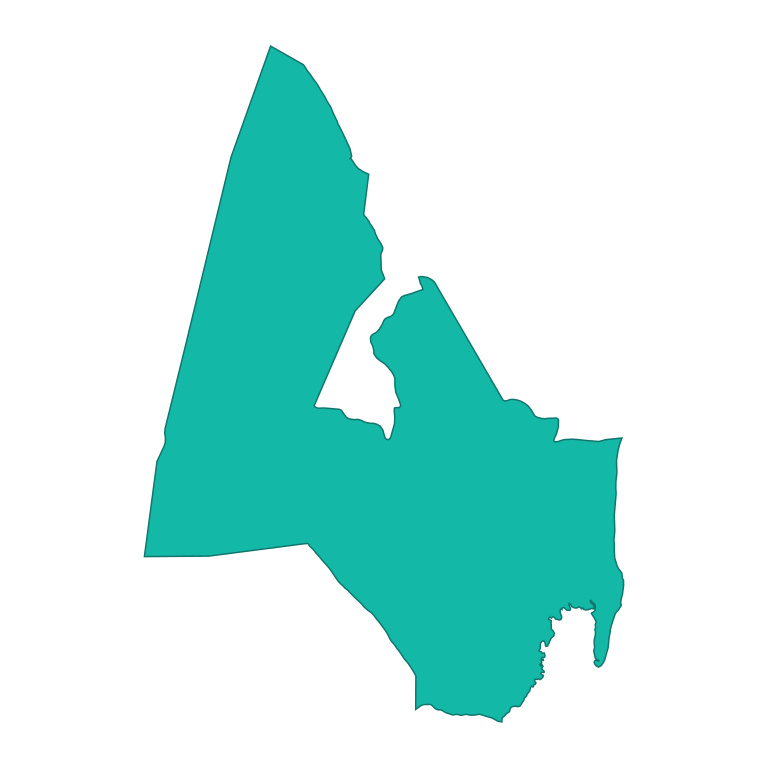 Morrumbene, Inhambane, Mozambique
{"feature_id": "85939544B85400452133709", "entity_name": "Morrumbene", "entity_type": "district", "adm_level": 2, "iso_a3": "MOZ", "parent_name": "Mozambique", "parent_adm1": "Inhambane", "projection": "natural_earth1", "projection_center": [35.2, -23.422], "detail": "fine", "context": "isolated", "style": "filled", "palette": "teal", "viewbox_px": 768, "rotation_deg": 0, "n_neighbors": 0, "source": "geoboundaries", "source_scale": "gbopen_adm2", "svg_char_len": 6117}
<svg xmlns="http://www.w3.org/2000/svg" viewBox="0 0 768 768"><path d="M144.4,556.6L208.8,556.1L304.6,543.7L307.9,543.5L309.9,546.3L313.7,550.0L316.1,553.2L319.9,557.3L321.4,559.3L326.2,564.7L326.7,564.9L327.3,566.1L328.5,567.2L332.9,573.3L337.9,580.9L339.8,583.0L343.9,586.8L344.3,587.5L348.6,590.9L348.8,591.4L354.9,597.6L360.7,603.0L363.2,605.7L363.4,606.3L367.8,610.2L371.9,613.1L373.9,615.4L377.0,619.7L378.7,621.4L379.8,623.1L380.2,623.3L380.9,624.5L383.8,628.4L386.8,632.7L390.1,639.2L391.8,641.7L394.6,644.9L397.6,649.4L398.3,649.9L404.7,659.4L406.8,661.7L409.7,665.5L414.9,673.9L415.9,676.2L415.7,709.4L419.8,706.4L423.1,704.6L429.6,704.4L431.2,704.7L435.0,708.4L436.7,709.4L438.5,709.9L440.9,709.8L445.7,712.6L452.1,714.8L453.4,714.9L456.1,714.4L458.0,714.5L459.8,715.1L461.3,715.3L465.8,714.3L470.1,715.1L474.3,715.1L478.3,714.4L480.1,714.4L492.2,718.1L498.1,721.3L501.9,721.9L502.0,719.4L502.3,718.0L503.2,716.9L504.1,716.4L506.0,714.0L509.4,711.7L509.8,710.8L510.0,709.0L511.2,707.4L511.8,706.9L513.7,706.3L515.9,706.2L517.4,706.6L518.7,706.6L519.8,706.1L520.5,705.3L523.1,701.3L523.9,699.9L524.5,697.9L526.5,696.2L527.1,694.2L529.4,691.4L529.9,690.3L530.6,687.2L531.2,686.4L531.9,686.4L532.7,687.0L533.2,686.8L534.0,684.5L535.4,684.2L535.9,682.5L534.8,681.6L534.6,680.7L534.7,679.6L535.0,679.2L535.7,679.4L537.3,679.3L538.2,678.5L539.3,679.5L540.1,679.5L540.7,679.3L542.3,677.9L543.0,676.9L543.4,675.7L543.0,675.1L541.3,674.6L540.9,673.3L541.1,672.7L542.2,672.2L543.5,672.5L544.2,672.2L544.0,671.0L541.9,669.4L541.8,668.6L542.3,667.9L542.3,666.9L543.0,666.2L542.4,665.7L541.9,664.5L541.6,664.6L541.2,665.8L540.3,665.7L540.0,664.8L540.2,664.0L541.3,663.3L541.7,662.7L541.1,661.0L541.4,660.3L543.3,660.4L543.4,659.8L543.1,659.4L541.6,659.2L541.3,658.3L541.5,657.8L541.9,657.4L543.5,657.7L544.5,657.2L544.9,656.5L544.9,655.4L544.4,653.1L543.4,653.0L542.3,653.3L541.7,652.7L541.6,652.1L540.8,651.5L539.3,651.2L538.9,650.6L539.9,649.1L540.4,647.7L540.3,644.6L540.5,643.3L541.0,642.4L542.2,641.1L544.0,641.0L544.9,642.1L545.5,645.5L546.1,646.4L547.6,646.1L547.8,645.2L549.0,643.4L549.4,641.7L551.1,638.3L554.0,635.6L554.0,634.2L554.4,633.4L553.4,631.2L551.2,628.8L551.1,628.0L551.4,626.4L551.0,623.0L551.4,621.0L551.2,620.5L548.6,619.3L548.5,618.5L549.4,617.3L549.4,617.6L549.8,617.4L551.5,618.1L552.4,617.0L553.4,617.0L554.6,617.6L555.6,619.2L557.4,619.3L559.3,620.1L560.8,619.5L561.3,618.8L561.7,617.3L561.5,615.9L560.9,614.7L560.1,612.1L560.4,609.4L560.9,609.0L562.0,609.6L562.2,608.0L563.6,607.6L564.4,607.9L566.6,610.1L567.8,610.3L569.8,610.3L570.5,609.5L570.5,608.6L569.0,604.9L569.2,603.4L570.0,603.7L572.1,607.0L573.0,607.1L573.8,607.7L574.8,608.0L576.0,608.0L577.2,607.9L578.8,607.0L580.0,607.2L580.7,607.6L581.0,608.7L581.6,608.8L582.6,607.9L583.2,608.4L583.3,609.0L583.8,609.5L585.9,609.9L588.2,609.7L591.2,608.6L593.1,608.3L593.6,608.4L593.5,608.9L593.9,608.8L594.3,608.2L594.1,606.3L593.1,604.5L592.2,604.0L590.6,602.4L590.3,601.6L590.4,600.7L590.8,600.4L591.2,600.5L592.8,602.6L594.5,603.9L595.4,606.1L595.3,608.8L595.0,610.4L593.7,611.9L591.8,612.8L591.4,613.5L594.3,618.0L596.0,621.4L596.1,622.3L595.2,624.7L595.7,627.1L594.9,629.5L595.5,632.0L595.2,635.9L594.4,639.0L594.1,641.8L594.6,647.5L593.7,651.0L595.2,657.8L595.8,658.7L597.4,659.9L598.7,660.4L598.8,661.0L597.6,661.0L596.3,660.3L595.3,660.3L594.4,661.3L594.2,662.5L594.6,663.6L596.0,665.7L598.5,667.1L601.2,665.6L603.3,662.7L604.6,660.2L608.1,647.8L609.2,637.0L610.0,633.2L610.4,629.6L611.4,625.3L615.1,614.1L616.3,612.1L618.2,610.2L621.0,605.9L621.3,605.0L620.7,603.0L620.8,601.1L621.4,598.1L622.5,594.1L623.6,585.4L623.5,580.5L622.3,577.8L621.8,573.0L618.7,568.9L617.2,566.2L614.7,557.9L614.3,550.7L614.4,544.2L613.9,540.7L614.8,530.9L614.3,515.2L616.1,493.7L615.8,488.4L615.9,481.6L616.9,472.6L616.5,460.8L617.9,451.2L619.4,445.0L621.9,438.0L606.0,439.6L598.9,441.5L586.2,440.5L577.4,439.5L571.7,439.2L564.4,439.6L560.9,440.5L558.9,441.3L556.9,441.7L554.6,441.7L554.0,441.4L553.9,440.7L554.2,438.7L556.4,434.0L558.4,426.7L558.5,419.6L557.6,418.6L556.4,418.1L554.0,418.1L547.2,418.4L544.8,418.8L541.4,418.4L537.2,417.3L535.0,416.1L534.1,415.0L532.4,411.8L532.0,411.5L531.5,410.2L528.0,405.9L525.1,403.6L521.2,401.4L518.3,400.3L514.0,399.4L510.9,399.4L505.7,401.0L503.2,400.4L434.5,282.2L432.0,279.9L428.8,278.1L427.1,277.4L422.4,276.6L420.8,276.6L418.5,277.2L418.9,277.8L420.5,283.7L421.9,286.2L423.0,289.5L416.4,291.7L412.3,293.3L404.6,295.5L402.1,296.6L401.2,297.3L398.8,300.8L397.0,304.9L393.8,313.4L392.9,314.7L392.5,314.9L392.1,315.5L390.2,316.6L387.9,317.3L385.2,318.8L383.9,320.5L382.2,324.5L378.7,330.1L376.0,332.6L373.1,334.2L371.5,335.5L370.8,336.7L370.5,338.1L370.7,341.4L371.3,343.3L372.1,344.6L372.9,346.7L373.9,350.9L373.8,353.4L374.3,354.6L376.8,358.0L379.3,360.1L385.2,364.2L388.4,367.6L389.7,369.5L391.2,370.9L394.2,376.2L394.9,378.8L394.9,385.6L395.8,392.4L398.6,399.0L400.7,405.1L400.3,406.3L399.5,407.5L395.0,407.8L394.4,408.2L394.2,411.4L394.8,417.1L394.5,423.7L390.7,437.3L390.0,438.4L388.9,439.4L387.7,439.7L385.6,438.7L384.6,436.7L384.7,436.1L383.5,432.9L383.5,432.2L382.7,429.7L380.2,426.2L377.2,424.4L373.9,423.4L370.7,423.3L366.5,422.6L363.1,421.4L361.6,420.5L358.3,419.4L353.9,419.6L349.4,418.9L346.6,417.5L345.7,416.5L345.5,415.8L344.9,415.5L341.9,411.0L340.8,410.0L339.2,409.3L324.3,408.0L318.1,408.2L316.0,407.5L314.7,406.5L314.3,405.4L355.2,310.8L384.7,278.8L381.3,270.0L380.8,255.6L380.9,253.8L382.5,250.2L382.8,247.8L381.1,243.9L377.5,238.4L376.8,236.5L375.3,233.5L374.3,230.0L373.8,229.7L372.4,227.0L369.8,223.4L369.2,221.8L367.8,219.8L366.3,217.7L364.5,215.9L363.7,214.0L368.7,174.2L363.0,171.6L358.2,168.5L355.5,165.4L350.7,158.1L350.4,158.2L351.7,156.2L350.0,148.8L345.1,138.0L339.5,126.6L338.1,124.3L337.4,121.9L333.1,112.9L330.7,107.0L326.9,100.9L325.2,97.4L320.0,89.1L319.4,87.7L319.0,87.4L317.6,84.8L314.1,79.9L313.6,79.6L312.7,77.9L312.3,77.6L310.3,74.5L307.7,71.3L306.0,68.7L305.8,68.1L303.4,64.7L270.6,46.1L231.0,157.3L186.4,341.9L165.1,428.6L164.7,433.2L165.4,437.3L165.4,439.7L165.2,442.8L164.1,446.2L157.0,461.3L144.4,556.6Z" fill="#14b8a6" stroke="#0f766e" stroke-width="1.5"/></svg>